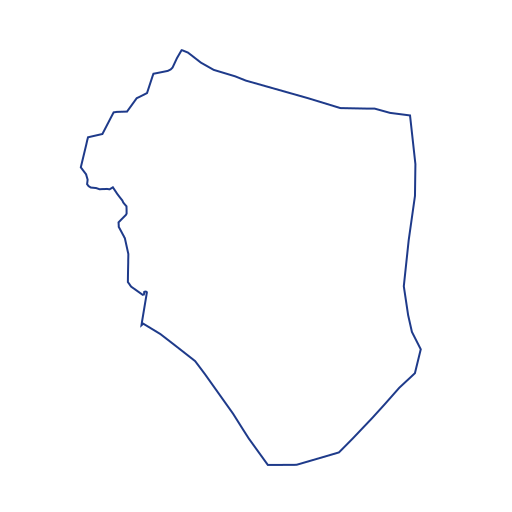 outline of Dar-Tama, Wadi Fira, Chad, rotated 175°
{"feature_id": "50815135B35128958764518", "entity_name": "Dar-Tama", "entity_type": "district", "adm_level": 2, "iso_a3": "TCD", "parent_name": "Chad", "parent_adm1": "Wadi Fira", "projection": "equal_earth", "projection_center": [22.272, 14.447], "detail": "fine", "context": "isolated", "style": "outline", "palette": "blue", "viewbox_px": 512, "rotation_deg": 175, "n_neighbors": 0, "source": "geoboundaries", "source_scale": "gbopen_adm2", "svg_char_len": 1867}
<svg xmlns="http://www.w3.org/2000/svg" viewBox="0 0 512 512"><g transform="rotate(175 256 256)"><path d="M312.2,467.5L313.7,465.4L317.5,460.0L322.7,451.0L322.8,450.9L324.7,449.3L327.7,448.1L332.1,447.6L339.2,446.8L342.3,446.5L343.4,444.1L348.1,433.1L350.2,428.2L350.3,428.0L350.4,427.8L359.4,424.2L359.8,424.1L361.1,423.6L371.9,411.1L382.1,411.7L383.2,411.6L383.5,411.6L385.3,411.5L388.0,407.3L393.2,399.1L398.4,390.9L398.5,390.9L402.9,390.3L413.0,388.9L414.1,385.8L415.4,381.7L421.8,362.6L422.8,359.6L421.0,356.7L418.1,352.1L418.1,351.8L417.1,346.8L417.1,346.6L418.0,342.3L416.7,340.2L414.6,338.6L412.4,338.2L409.3,337.6L406.4,336.3L405.9,336.1L405.7,336.1L404.9,336.1L402.1,336.0L401.2,335.9L398.6,335.8L396.1,335.2L395.6,335.4L393.6,336.4L392.6,336.9L388.9,330.1L386.9,326.9L384.3,322.9L383.6,320.9L382.4,319.1L380.7,316.8L380.9,313.4L381.2,309.6L381.9,308.4L386.5,304.5L390.0,301.5L390.1,298.0L390.2,297.0L387.9,291.7L386.5,288.4L386.1,287.6L385.6,286.2L385.1,285.2L383.0,269.1L383.4,265.2L383.6,263.6L383.9,260.3L384.7,253.0L385.4,246.3L385.9,241.3L385.9,241.2L384.4,238.7L384.2,238.3L384.0,237.9L383.0,236.3L372.5,227.4L371.5,226.8L371.5,226.7L371.3,227.1L370.9,227.8L370.8,228.0L370.6,228.9L370.6,229.3L370.6,229.8L369.7,230.2L369.3,230.2L369.1,230.2L368.3,229.9L367.9,229.4L368.0,228.7L368.6,226.5L368.6,226.4L375.2,200.8L376.1,197.0L374.2,198.4L358.1,186.6L343.8,173.4L325.8,156.6L317.2,142.8L292.6,100.9L283.7,83.6L279.1,74.8L262.4,46.8L236.0,44.6L233.6,44.5L217.5,47.7L190.5,53.1L175.5,65.8L163.5,76.4L154.1,84.7L140.9,96.9L124.7,112.3L107.9,125.4L100.0,148.7L107.3,166.8L109.6,183.8L111.4,213.0L102.5,258.5L92.4,302.0L89.2,333.6L90.3,382.3L90.3,382.6L110.0,386.9L125.0,392.5L133.8,393.3L159.1,396.0L190.5,408.7L250.8,431.6L261.1,436.8L281.9,445.1L294.0,453.4L306.1,464.6L311.4,467.3L312.2,467.5Z" fill="none" stroke="#1e3a8a" stroke-width="2"/></g></svg>